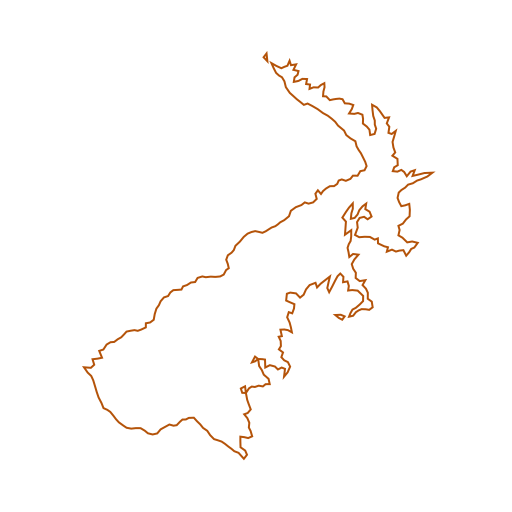 Praia Grande, Santa Catarina, Brazil (Equal Earth projection), rotated 171°
{"feature_id": "56859067B99383778089329", "entity_name": "Praia Grande", "entity_type": "district", "adm_level": 2, "iso_a3": "BRA", "parent_name": "Brazil", "parent_adm1": "Santa Catarina", "projection": "equal_earth", "projection_center": [-50.033, -29.21], "detail": "fine", "context": "isolated", "style": "outline", "palette": "amber", "viewbox_px": 512, "rotation_deg": 171, "n_neighbors": 0, "source": "geoboundaries", "source_scale": "gbopen_adm2", "svg_char_len": 5590}
<svg xmlns="http://www.w3.org/2000/svg" viewBox="0 0 512 512"><g transform="rotate(171 256 256)"><path d="M299.7,57.6L296.0,61.1L297.1,65.5L301.2,69.5L300.4,75.7L299.7,80.0L295.9,78.9L292.2,77.4L288.0,78.5L288.7,84.0L289.9,87.7L288.7,92.3L289.9,97.2L292.4,101.5L288.8,102.2L285.2,105.3L286.5,111.5L287.2,115.4L287.4,122.3L283.6,126.4L280.6,127.7L277.6,126.8L273.6,127.5L269.6,126.1L266.6,127.9L262.5,127.3L262.8,132.7L266.9,137.6L268.1,142.4L270.1,146.8L270.0,153.9L266.2,153.2L263.3,152.3L264.3,144.4L259.4,146.0L254.6,143.9L252.1,140.5L248.1,141.8L245.0,140.0L247.2,132.4L243.0,136.1L239.6,141.4L241.1,146.2L244.5,148.6L246.8,152.1L244.4,156.5L248.0,160.2L245.5,163.1L244.9,168.2L246.2,172.7L243.0,172.8L243.4,179.4L239.6,179.0L236.1,177.8L232.5,175.0L232.7,180.1L233.2,185.0L234.8,190.6L232.4,195.4L229.2,193.7L226.7,198.2L225.6,202.4L230.2,205.3L233.2,207.3L231.4,213.9L227.9,214.5L222.3,212.8L219.0,208.0L215.0,210.3L211.8,215.2L207.6,218.9L201.4,220.2L200.6,215.4L196.5,218.5L191.3,221.4L186.2,224.2L188.3,219.1L190.6,213.2L189.4,208.8L185.4,214.1L181.6,219.4L178.6,223.3L175.5,225.5L172.9,221.8L174.1,216.5L169.6,216.6L169.0,211.9L170.4,207.5L166.3,207.3L161.0,205.9L156.4,199.8L157.3,194.7L161.1,191.9L165.5,189.2L169.1,188.0L171.7,184.7L173.6,181.5L169.4,181.8L166.1,184.9L163.2,186.2L160.0,187.0L155.9,186.2L152.6,185.1L148.8,187.1L148.8,192.8L152.3,196.3L151.3,202.2L152.5,206.5L155.3,210.6L151.8,215.0L157.5,215.0L161.0,218.7L160.0,223.8L162.0,228.2L162.7,233.0L159.4,237.2L154.6,241.3L159.8,242.8L164.0,240.4L164.0,245.1L164.3,249.7L162.5,253.2L160.2,256.0L158.9,260.5L157.9,266.6L164.8,263.1L163.6,268.1L161.8,275.9L164.7,280.4L160.2,285.5L156.5,289.3L152.2,292.8L153.0,287.5L155.1,283.3L156.5,277.9L152.6,278.2L149.2,281.1L146.8,285.1L143.0,288.4L139.0,290.5L140.7,285.2L136.9,282.0L135.7,276.9L140.0,274.8L143.1,277.8L147.7,277.4L150.9,273.7L151.1,268.1L154.9,261.3L151.1,258.4L145.7,258.0L140.5,257.0L136.2,253.6L132.9,254.3L133.5,249.4L127.8,245.5L124.3,244.0L126.1,239.8L120.7,241.0L117.1,238.5L113.6,238.9L109.5,238.7L107.6,232.8L104.1,235.8L101.6,238.7L98.3,239.6L94.2,243.7L99.5,245.9L104.5,245.8L108.5,251.2L112.1,254.1L110.1,259.2L110.6,263.5L105.9,265.0L102.1,268.6L98.1,271.2L96.8,277.6L96.5,283.5L100.8,282.7L104.7,282.5L106.2,286.8L107.1,291.2L105.1,296.3L102.1,298.4L98.0,300.2L94.6,302.7L89.7,303.3L85.1,305.3L81.2,305.9L74.3,307.7L68.7,310.7L76.7,311.6L83.2,311.0L88.8,310.6L85.8,315.9L90.1,315.2L94.6,311.2L96.5,315.8L99.0,318.3L103.1,317.2L107.6,318.4L105.6,322.0L101.8,323.5L101.1,329.8L105.6,333.7L102.3,336.5L103.3,341.7L103.3,347.3L100.7,352.7L98.4,357.7L102.9,355.3L105.9,356.9L104.1,362.8L106.1,366.5L102.9,372.1L107.4,372.3L111.0,379.7L113.5,383.9L117.7,387.2L118.1,381.9L118.3,376.0L117.5,371.2L118.1,367.2L117.4,362.9L119.8,358.0L124.3,357.6L124.2,363.0L126.3,366.5L129.7,370.1L128.8,374.7L128.8,378.9L132.9,381.3L136.7,381.0L141.8,382.2L138.4,386.1L136.3,389.9L140.1,391.9L144.4,392.9L146.0,397.3L149.0,398.4L152.2,398.6L155.3,398.6L158.7,398.4L161.6,402.6L164.8,403.3L163.7,407.9L161.9,412.0L161.5,416.0L165.2,414.7L168.3,412.7L172.8,413.6L177.0,412.7L175.8,416.9L179.6,418.0L177.9,422.8L182.5,423.7L186.6,422.3L191.4,422.1L190.0,426.4L186.6,428.5L185.1,432.0L189.9,434.0L186.4,439.0L191.6,439.0L192.3,443.6L195.2,439.0L198.4,438.4L201.6,437.5L206.2,440.6L210.6,444.1L209.1,438.6L207.5,433.7L205.0,430.6L202.4,428.5L200.6,424.1L200.1,418.1L197.1,411.8L194.0,408.0L191.2,404.5L188.4,401.5L185.1,397.8L181.2,398.5L177.0,395.4L172.1,391.4L167.5,386.7L163.1,383.3L159.7,379.7L156.8,376.2L154.6,372.0L152.3,369.4L149.4,366.1L147.9,361.3L144.3,357.4L139.9,353.8L139.5,348.6L138.0,344.6L136.3,341.1L134.9,336.7L133.4,331.9L132.7,327.5L135.4,323.7L139.7,323.5L143.1,319.4L147.7,320.2L150.7,317.4L155.5,316.2L159.3,318.2L162.5,317.6L164.5,314.5L168.0,312.8L172.1,313.4L176.3,311.7L179.7,309.6L182.1,307.1L184.6,311.2L187.6,308.2L187.1,302.9L191.2,300.0L195.9,299.5L199.4,301.3L203.2,299.2L209.0,298.0L214.5,295.2L217.2,290.1L222.5,287.0L226.8,285.5L229.5,283.8L232.3,282.4L236.1,281.7L239.1,280.4L242.5,278.9L246.0,277.9L249.3,279.3L252.9,280.7L256.7,280.4L260.8,279.4L265.1,276.8L269.7,272.7L274.7,269.3L277.0,265.3L279.6,263.1L283.7,261.1L286.0,257.0L285.1,252.6L284.8,248.2L287.7,246.8L290.8,242.7L294.6,241.4L299.3,241.7L304.0,242.7L308.9,242.9L312.2,244.2L317.1,243.5L320.2,239.8L324.4,240.0L328.7,238.1L332.8,237.4L334.9,234.5L338.7,234.8L343.0,235.2L346.3,233.4L349.1,230.2L353.4,229.5L357.3,226.2L359.6,222.6L362.6,219.6L365.1,214.5L367.0,209.0L371.0,206.9L375.3,206.8L376.0,202.7L380.9,201.3L384.5,200.6L387.6,201.8L391.3,201.8L395.7,201.6L398.5,199.3L401.8,196.8L405.6,195.4L409.5,193.3L413.2,193.6L417.4,191.9L421.4,187.5L425.7,186.8L424.0,179.6L428.5,179.4L433.6,179.6L432.8,173.9L436.6,171.4L443.3,173.0L440.5,167.2L437.5,163.3L436.2,158.7L435.3,152.1L434.6,146.7L433.6,140.9L431.6,134.9L430.4,129.6L426.9,127.3L424.3,124.8L421.8,120.5L419.8,116.7L417.5,113.2L413.7,109.4L410.7,106.6L406.2,105.0L401.7,104.8L396.9,104.0L393.1,100.8L390.5,97.8L386.0,95.9L381.3,96.2L377.3,99.7L374.3,100.8L367.9,103.1L364.0,101.3L360.8,101.3L357.0,104.2L354.2,106.0L350.9,105.5L347.7,106.6L342.7,106.0L340.1,102.0L337.4,98.4L335.2,94.5L331.5,91.0L329.3,86.2L326.1,81.7L323.0,80.2L319.0,78.1L316.1,75.4L313.1,72.1L310.4,69.4L308.0,66.6L304.0,64.3L299.7,57.6ZM287.4,122.3L291.0,123.0L291.7,127.5L287.2,129.0L287.4,122.3ZM270.0,153.9L273.4,152.1L276.6,151.6L272.7,156.8L270.0,153.9ZM183.8,181.8L180.8,179.6L177.9,182.5L181.5,184.7L186.9,185.3L183.8,181.8ZM217.4,451.1L214.3,446.6L213.9,454.4L217.4,451.1Z" fill="none" stroke="#b45309" stroke-width="2"/></g></svg>